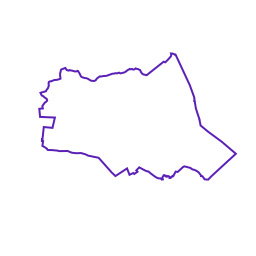 outline of Bodesti, Neamt, Romania, rotated 333°
{"feature_id": "2599482B65662709621675", "entity_name": "Bodesti", "entity_type": "district", "adm_level": 2, "iso_a3": "ROU", "parent_name": "Romania", "parent_adm1": "Neamt", "projection": "natural_earth1", "projection_center": [26.436, 47.042], "detail": "fine", "context": "isolated", "style": "outline", "palette": "violet", "viewbox_px": 256, "rotation_deg": 333, "n_neighbors": 0, "source": "geoboundaries", "source_scale": "gbopen_adm2", "svg_char_len": 3511}
<svg xmlns="http://www.w3.org/2000/svg" viewBox="0 0 256 256"><g transform="rotate(333 128 128)"><path d="M205.4,201.9L212.4,199.9L205.3,182.8L197.8,167.9L193.8,158.7L194.5,156.5L194.7,155.6L195.4,153.4L195.3,153.1L195.6,152.8L195.6,152.3L195.7,152.1L196.7,145.3L196.8,145.2L197.0,143.6L197.3,142.0L197.4,141.7L197.4,141.2L197.9,139.7L198.7,137.2L199.3,135.5L199.6,134.7L199.6,134.4L199.2,134.0L199.8,133.2L200.0,133.2L200.3,132.3L200.6,131.5L200.8,131.3L201.1,129.5L201.1,129.2L202.5,118.0L203.7,84.3L203.6,84.1L203.1,84.2L202.9,83.7L202.6,83.1L202.0,82.6L201.6,82.0L201.5,81.9L200.1,81.1L199.9,81.9L199.8,82.4L199.0,83.4L198.3,83.9L197.8,84.0L194.8,85.2L191.0,86.4L190.4,85.7L189.9,85.1L168.6,89.4L168.2,89.1L167.3,88.2L166.6,87.8L165.6,86.7L165.1,85.4L165.2,84.6L164.9,83.9L165.0,83.6L165.0,83.1L165.1,81.8L164.7,81.5L164.3,81.0L163.8,80.2L163.1,79.6L162.3,78.9L161.7,78.3L161.3,78.5L160.4,78.7L159.5,78.4L158.8,78.0L158.4,77.2L157.2,77.0L156.3,76.1L155.6,76.3L154.2,76.2L152.9,76.5L150.8,76.8L149.5,76.8L148.7,76.5L147.6,76.3L146.1,75.9L145.6,75.4L145.1,74.6L144.6,74.5L143.1,74.4L141.8,73.5L140.3,73.2L139.7,72.9L138.4,72.5L138.1,72.4L137.2,72.4L134.9,72.0L133.4,71.9L131.8,71.5L130.1,70.7L128.8,70.3L127.1,69.8L126.8,69.5L126.3,69.2L125.6,69.3L124.2,69.5L122.8,69.8L121.3,70.5L121.1,70.7L120.0,70.8L119.8,70.8L119.4,70.8L119.2,70.7L117.6,69.8L116.3,68.8L114.7,66.1L113.6,64.8L111.9,63.6L111.5,63.3L110.1,61.8L109.7,60.9L109.5,60.7L109.6,57.0L109.3,54.4L109.1,54.2L108.7,54.2L108.0,54.2L106.3,53.5L106.2,53.3L104.2,51.5L102.5,50.2L102.1,49.8L101.9,49.8L101.3,50.0L101.0,49.8L100.6,49.4L99.7,48.6L99.4,46.0L94.9,45.6L94.2,46.3L93.4,47.4L92.6,48.1L91.2,50.6L90.7,52.4L90.2,53.4L88.0,53.1L86.8,52.9L84.1,51.8L82.1,51.6L80.5,51.5L79.8,51.0L78.3,51.1L77.2,52.7L76.8,54.2L75.5,55.4L74.9,56.1L74.3,56.4L73.3,56.8L72.9,57.0L72.5,57.2L71.6,58.0L66.0,56.9L65.9,57.7L65.9,59.8L66.4,60.6L66.9,61.1L67.0,61.4L67.4,62.4L67.5,63.0L67.9,63.5L68.8,65.2L68.6,66.1L68.4,66.9L66.3,67.6L65.4,67.6L61.6,69.6L61.0,71.9L57.7,70.6L54.7,78.2L67.6,85.5L60.8,93.6L53.4,88.9L46.8,99.0L46.3,98.8L45.4,100.5L46.4,101.1L44.3,104.1L43.6,105.1L45.0,107.1L46.4,109.7L46.3,110.7L47.0,111.5L47.7,111.8L50.3,113.2L55.0,116.2L56.1,117.3L63.8,121.1L66.7,124.5L68.6,125.8L71.1,127.3L72.4,127.9L74.8,129.0L78.2,132.2L79.9,134.5L88.3,141.2L93.3,160.3L95.0,165.1L108.8,163.6L108.1,170.4L109.2,170.4L112.3,170.5L112.7,171.8L116.6,171.3L116.5,170.9L116.4,170.4L116.2,169.9L116.1,169.6L116.3,169.5L120.1,168.2L120.2,168.5L120.4,168.6L120.5,168.8L121.0,169.4L122.3,171.3L123.7,173.3L125.0,174.9L126.5,176.1L127.7,179.0L130.1,183.8L131.7,186.2L133.1,187.2L133.7,187.5L134.3,187.8L134.6,189.2L135.1,189.4L135.7,189.6L135.9,188.6L136.1,188.0L136.8,187.2L138.6,186.3L139.2,186.6L139.4,187.0L139.4,187.5L139.4,188.0L139.5,188.1L140.2,188.1L140.3,189.0L140.5,189.1L141.0,189.1L141.2,188.9L141.3,188.9L141.6,188.8L141.9,189.0L142.2,189.3L142.4,189.6L142.8,190.2L143.0,190.5L142.9,190.8L142.6,191.1L142.3,191.3L142.5,191.6L142.9,191.7L143.2,191.7L143.4,191.8L143.8,191.6L144.0,191.4L144.5,191.4L145.0,191.4L145.4,191.4L145.5,191.1L145.7,190.9L146.0,190.8L146.4,191.0L146.6,191.3L150.7,188.5L151.4,189.0L151.9,189.4L152.3,189.7L153.8,189.3L158.4,188.0L158.9,187.9L159.4,187.7L159.8,187.8L160.7,187.7L161.4,188.3L162.6,189.3L163.2,189.9L165.4,191.8L166.5,194.0L168.2,195.5L170.0,197.9L170.9,200.0L171.5,203.3L171.2,204.0L172.4,204.7L173.0,208.5L176.0,210.4L179.0,209.3L180.6,208.8L202.3,202.7L205.4,201.9Z" fill="none" stroke="#5b21b6" stroke-width="2"/></g></svg>